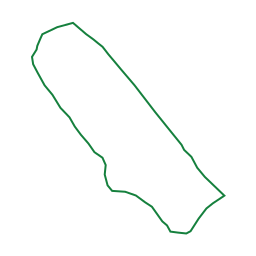 Maneapa, Tuvalu, rotated 276°
{"feature_id": "33948139B65962219023050", "entity_name": "Maneapa", "entity_type": "district", "adm_level": 2, "iso_a3": "TUV", "parent_name": "Tuvalu", "parent_adm1": "", "projection": "robinson", "projection_center": [178.313, -8.027], "detail": "fine", "context": "isolated", "style": "outline", "palette": "green", "viewbox_px": 256, "rotation_deg": 276, "n_neighbors": 0, "source": "geoboundaries", "source_scale": "gbopen_adm2", "svg_char_len": 759}
<svg xmlns="http://www.w3.org/2000/svg" viewBox="0 0 256 256"><g transform="rotate(276 128 128)"><path d="M217.0,76.5L226.8,62.3L220.9,47.1L212.3,33.0L207.4,31.4L200.2,29.2L196.5,28.9L188.7,25.1L181.5,27.0L173.6,32.3L161.7,40.6L153.1,49.4L141.0,58.7L132.5,68.7L123.9,74.9L116.4,81.8L108.4,90.3L100.4,97.2L95.8,105.7L88.8,109.7L79.3,109.7L68.8,113.7L63.8,118.8L64.3,131.8L61.7,142.9L56.0,152.6L52.2,160.0L38.7,171.9L35.2,177.0L29.4,181.0L29.2,188.7L29.2,197.0L31.9,201.0L45.4,207.8L56.2,214.4L62.0,220.3L70.8,230.9L87.4,209.5L95.7,201.0L105.9,194.1L112.1,186.1L116.9,183.0L128.7,171.2L146.7,153.3L158.7,141.9L171.2,130.0L185.1,115.4L191.6,108.7L199.2,100.8L206.1,94.2L209.2,89.3L212.5,84.3L217.0,76.5Z" fill="none" stroke="#15803d" stroke-width="2"/></g></svg>